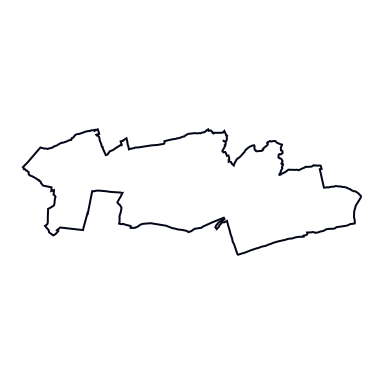 the district of Dumbrava, Mehedinti, Romania
{"feature_id": "2599482B40302132700560", "entity_name": "Dumbrava", "entity_type": "district", "adm_level": 2, "iso_a3": "ROU", "parent_name": "Romania", "parent_adm1": "Mehedinti", "projection": "albers", "projection_center": [23.169, 44.518], "detail": "fine", "context": "isolated", "style": "outline", "palette": "ink", "viewbox_px": 384, "rotation_deg": 0, "n_neighbors": 0, "source": "geoboundaries", "source_scale": "gbopen_adm2", "svg_char_len": 5972}
<svg xmlns="http://www.w3.org/2000/svg" viewBox="0 0 384 384"><path d="M354.8,223.4L354.7,220.3L354.0,216.9L354.1,212.7L354.3,210.8L355.2,207.9L355.7,205.8L360.2,198.5L360.7,197.5L360.9,196.5L361.0,196.2L360.7,195.6L360.3,195.2L359.7,194.9L358.6,193.5L357.8,193.1L357.5,192.7L355.1,191.2L354.4,191.3L353.7,191.2L351.6,190.3L350.6,189.6L350.2,189.1L349.4,189.0L346.0,187.4L343.9,187.0L342.2,187.0L340.4,186.4L339.2,186.5L335.6,186.0L334.1,186.6L331.3,186.8L329.9,187.0L328.3,187.5L326.9,187.3L324.1,187.7L323.8,187.1L319.8,169.2L321.6,168.9L320.7,165.7L318.6,165.5L317.6,165.7L315.1,165.4L314.3,165.6L313.8,165.2L312.1,166.3L311.5,166.6L307.3,166.9L305.5,166.8L304.6,167.6L302.5,168.4L298.8,170.2L297.0,169.7L295.8,169.9L288.4,169.7L285.2,172.1L281.8,173.7L280.6,174.6L279.5,174.9L279.3,174.7L279.4,174.2L280.4,172.9L280.6,171.8L281.3,170.1L282.4,168.2L281.9,167.1L283.1,164.6L282.6,163.7L281.5,163.8L281.4,163.6L282.3,162.0L282.5,161.1L282.3,160.9L282.0,160.0L281.5,159.2L281.1,158.7L280.2,158.5L279.0,158.0L278.4,157.3L278.6,156.1L278.6,155.0L278.9,154.5L279.7,154.1L280.7,154.3L281.2,154.2L282.6,153.0L282.5,152.2L282.5,151.3L282.2,150.8L281.0,150.4L280.8,147.6L282.1,144.8L282.0,144.6L281.2,144.3L280.3,144.2L276.9,142.7L276.5,142.4L275.5,141.2L274.9,141.0L272.9,141.1L271.4,141.6L270.5,141.1L269.6,141.1L269.1,141.6L267.6,142.2L267.1,143.0L267.8,143.9L267.7,144.4L267.3,145.2L263.9,147.9L263.4,148.8L262.8,149.2L263.1,149.6L262.9,150.0L262.5,150.4L261.9,150.8L260.9,151.0L260.2,150.9L256.6,151.3L256.1,151.2L255.8,150.8L255.7,150.3L255.2,150.1L254.9,149.8L254.5,148.8L254.4,147.1L254.6,146.4L254.2,145.3L252.6,145.5L249.8,146.7L248.0,147.9L245.4,150.2L244.6,151.8L240.0,156.9L236.8,159.2L234.4,163.5L233.8,165.5L231.9,163.8L231.0,162.0L229.3,161.4L228.7,161.7L228.7,160.1L229.0,160.1L229.2,159.6L229.2,158.6L229.1,157.7L228.4,155.5L226.9,155.8L226.1,153.6L225.3,152.1L224.9,152.0L223.3,152.3L222.4,151.0L225.3,145.6L224.8,145.1L225.5,144.4L225.7,143.3L225.5,142.1L225.3,141.7L223.7,141.1L223.7,140.9L225.0,141.4L225.3,141.2L226.1,141.3L226.4,141.0L226.4,140.5L226.7,140.1L226.8,139.3L226.9,139.1L226.7,136.3L227.2,135.8L227.0,135.5L226.1,135.1L225.7,133.9L224.3,131.0L223.3,132.4L222.8,132.3L221.8,132.8L214.1,132.8L213.8,132.8L214.0,133.1L213.6,133.5L212.6,132.9L212.3,131.9L210.8,130.5L209.0,130.4L208.9,130.8L208.5,130.9L208.1,129.4L206.6,130.3L204.8,132.0L202.1,132.6L200.4,133.3L199.2,133.1L196.8,133.4L194.9,133.1L188.1,133.9L185.6,135.3L184.4,136.4L183.7,136.4L179.1,138.1L177.2,138.3L176.1,138.8L173.6,139.1L170.1,139.8L164.4,141.2L164.5,142.8L164.3,143.5L163.5,143.9L157.8,144.9L151.3,145.4L138.6,147.4L135.1,147.6L133.3,148.3L130.4,148.8L129.0,149.4L128.1,145.4L127.7,144.8L127.6,143.4L127.3,142.6L127.4,142.2L127.1,140.6L126.5,138.3L123.1,140.4L123.3,140.6L123.0,140.9L121.4,141.1L120.6,141.4L121.8,144.9L121.6,145.2L121.2,145.0L120.4,145.1L119.9,145.6L116.9,147.3L112.9,150.1L110.9,150.9L110.3,151.0L109.6,151.5L109.0,152.5L108.5,152.9L107.9,154.2L106.5,155.0L105.8,155.1L102.8,148.4L102.6,147.8L102.7,147.2L102.2,147.1L101.6,145.9L101.4,145.4L101.5,144.8L101.2,143.9L99.8,140.7L99.4,138.1L99.1,137.0L98.1,135.7L97.1,135.7L96.7,135.4L96.3,134.8L99.2,133.9L98.9,132.6L97.7,129.3L94.7,130.8L94.6,129.9L93.9,130.2L91.3,130.3L90.5,130.8L86.3,131.4L79.0,134.0L77.2,134.1L75.2,135.0L73.7,137.0L72.9,137.8L72.2,137.9L71.7,138.3L71.4,139.0L71.5,139.5L71.3,139.9L70.0,140.0L67.9,140.8L66.8,141.4L63.6,142.5L61.8,142.8L60.4,143.3L56.7,145.5L53.7,146.6L52.9,147.1L52.7,147.5L51.7,147.8L49.2,148.4L48.0,148.9L47.2,148.9L46.4,148.6L44.0,148.5L40.4,147.5L28.3,161.6L26.6,163.5L24.8,165.1L24.1,166.1L23.0,167.0L23.4,167.3L23.5,168.1L23.8,168.4L23.7,168.9L23.9,169.2L24.9,169.3L25.8,169.9L26.2,170.6L26.6,170.5L28.1,171.7L28.4,172.2L28.6,172.3L28.5,172.5L28.7,173.1L28.6,173.6L29.0,174.7L30.2,175.6L30.7,175.6L31.4,176.1L32.1,176.2L36.3,178.6L38.4,180.1L38.8,180.0L39.3,180.5L39.3,180.9L40.0,181.2L40.8,182.0L40.9,182.9L43.1,185.6L51.5,187.3L51.4,189.0L51.6,189.4L51.3,191.0L53.8,190.2L53.6,191.1L54.0,191.2L53.5,194.6L54.5,195.3L55.5,196.7L54.9,198.9L54.5,203.0L54.2,204.7L54.0,205.3L53.0,206.1L49.2,208.4L48.1,208.8L47.8,217.2L47.8,222.6L47.3,224.1L46.1,225.2L45.0,225.9L48.7,230.2L49.0,232.0L49.4,232.6L53.3,235.4L55.3,234.2L56.3,233.3L58.2,231.1L56.9,230.2L60.3,227.5L83.0,230.1L83.7,227.0L87.2,214.3L87.3,213.5L87.4,213.2L87.8,213.5L92.2,191.2L93.3,191.1L94.2,191.3L95.9,190.7L98.8,190.6L104.9,191.1L110.7,191.9L121.0,192.6L121.8,193.1L122.4,193.0L120.6,196.7L119.6,198.3L117.4,202.2L117.8,203.2L120.0,205.1L121.4,207.5L121.4,208.7L121.0,210.9L120.4,213.5L120.0,214.3L119.5,216.5L119.5,217.5L119.7,217.8L119.5,218.6L119.6,221.5L119.1,223.6L121.4,224.2L122.9,223.8L123.7,224.0L124.3,224.4L129.8,225.8L130.8,226.2L130.6,227.9L133.3,227.9L135.1,227.7L137.7,226.6L140.2,224.8L141.9,224.1L143.3,223.8L150.6,223.2L166.0,225.7L172.8,228.3L174.0,228.3L178.0,229.5L181.6,229.8L185.9,230.7L187.2,231.2L188.4,232.1L191.2,231.2L193.8,229.3L195.1,228.7L201.2,227.8L203.1,226.5L212.6,222.2L223.8,217.7L224.5,218.9L224.4,219.3L223.5,219.9L219.5,221.9L218.9,222.4L217.9,223.3L217.1,224.4L216.2,225.4L215.3,227.3L216.1,228.1L216.7,229.1L217.6,228.2L218.4,227.1L219.0,226.6L219.4,225.2L220.6,224.3L220.9,223.7L221.9,222.5L222.5,222.3L224.0,222.3L224.6,222.2L227.0,220.9L228.3,226.1L228.7,227.1L230.0,231.6L230.4,233.6L232.1,238.5L232.7,241.7L234.1,244.3L237.4,254.1L237.8,254.6L238.1,254.7L245.8,252.3L251.3,250.1L256.5,248.4L258.8,247.8L261.9,246.6L265.8,245.8L268.4,244.6L270.9,243.9L273.0,242.9L278.1,241.4L285.4,239.8L288.2,238.8L290.0,238.7L290.5,238.5L292.1,238.5L295.7,237.3L299.2,236.8L301.9,236.8L302.2,236.6L303.6,236.7L303.6,235.6L304.7,235.5L306.2,235.1L306.7,235.6L306.6,235.3L306.2,235.0L307.0,234.4L307.4,233.7L307.1,232.5L310.5,232.4L313.4,232.0L315.1,232.8L317.8,232.5L319.5,231.8L323.9,230.7L326.2,229.3L328.5,228.9L333.8,228.7L335.0,228.3L336.4,227.2L345.9,225.8L347.8,225.3L350.5,224.0L352.2,223.9L354.8,223.4Z" fill="none" stroke="#020617" stroke-width="2"/></svg>